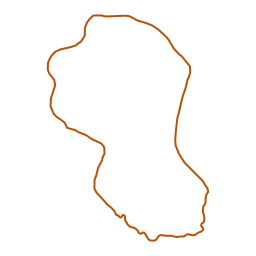 outline of El Chol, Baja Verapaz, Guatemala
{"feature_id": "79465075B40581937082552", "entity_name": "El Chol", "entity_type": "district", "adm_level": 2, "iso_a3": "GTM", "parent_name": "Guatemala", "parent_adm1": "Baja Verapaz", "projection": "robinson", "projection_center": [-90.474, 14.95], "detail": "fine", "context": "isolated", "style": "outline", "palette": "amber", "viewbox_px": 256, "rotation_deg": 0, "n_neighbors": 0, "source": "geoboundaries", "source_scale": "gbopen_adm2", "svg_char_len": 2554}
<svg xmlns="http://www.w3.org/2000/svg" viewBox="0 0 256 256"><path d="M208.2,191.9L207.4,188.2L204.0,183.5L203.5,181.9L201.6,179.8L185.3,163.4L183.8,161.4L181.2,157.5L178.8,153.5L175.7,145.7L175.2,141.2L175.8,131.3L177.5,117.2L178.6,113.9L180.8,104.0L183.0,95.3L185.4,88.8L187.8,78.9L189.0,76.7L190.2,72.1L190.0,66.5L189.0,65.2L181.7,56.2L180.3,55.2L178.7,54.0L174.4,49.1L173.2,47.7L172.4,46.1L168.2,39.1L163.4,34.2L162.0,33.0L158.1,29.4L152.1,25.4L146.2,23.1L137.2,20.4L133.5,18.3L130.6,16.8L128.7,16.1L126.1,15.7L105.4,16.5L101.9,15.5L95.7,15.4L93.1,15.6L89.5,19.1L86.8,22.8L84.9,28.1L84.8,35.6L80.8,41.9L77.9,43.5L76.2,45.3L70.6,47.1L60.5,49.4L55.4,51.6L51.5,55.9L49.6,59.0L48.0,62.9L47.8,69.8L49.3,73.6L54.2,79.9L55.2,85.4L51.0,98.1L50.5,106.4L53.7,113.8L57.0,117.2L60.0,119.1L64.7,122.7L67.1,127.8L75.7,130.3L78.2,132.0L86.1,135.2L91.6,139.0L101.4,143.6L103.7,146.5L104.3,148.3L104.5,153.5L102.3,158.3L102.2,160.1L98.1,167.9L96.2,175.7L94.6,179.6L94.4,188.5L96.4,192.4L104.6,201.3L106.9,204.2L111.7,208.1L114.4,211.2L116.5,215.2L117.9,215.3L118.8,216.0L119.6,217.1L120.3,217.5L121.4,217.2L122.1,215.9L122.8,215.1L123.7,215.0L124.5,215.7L124.9,216.9L124.9,217.7L125.0,219.3L125.1,220.2L126.5,222.4L127.4,224.0L128.0,224.9L128.5,225.5L129.7,226.5L131.2,227.1L132.2,227.4L133.2,227.6L134.4,228.0L135.2,228.4L136.2,229.1L136.9,229.8L137.5,230.5L138.0,231.4L138.5,232.3L139.2,233.1L140.2,233.7L141.2,233.7L142.2,233.0L142.9,232.5L144.0,232.5L145.7,234.8L146.5,236.0L147.2,237.3L147.9,238.5L148.6,239.3L149.6,240.2L150.4,240.4L152.0,240.6L153.6,240.6L154.6,240.5L155.8,240.0L156.7,238.9L157.4,237.8L158.0,237.0L158.5,236.3L159.4,235.6L160.4,235.2L161.2,235.2L162.1,235.2L164.2,235.5L165.5,235.7L167.5,235.8L169.7,235.7L171.2,235.8L172.0,235.9L173.2,236.2L174.3,236.5L175.1,236.7L175.9,236.9L176.6,237.0L177.4,237.0L178.2,236.9L179.2,236.5L180.5,236.5L181.8,236.5L182.9,236.5L184.1,236.3L184.8,235.9L185.5,235.4L186.3,234.7L187.2,234.4L187.9,234.4L188.9,234.4L190.1,234.7L190.8,234.9L192.0,235.2L193.3,235.2L193.9,235.2L195.1,234.8L198.1,232.9L198.9,232.4L199.8,232.1L201.2,231.5L202.5,230.5L203.1,229.6L203.1,228.6L202.8,227.8L202.2,227.3L201.4,226.3L201.2,225.5L201.3,224.6L201.7,223.6L202.8,222.8L203.9,222.0L204.2,220.2L204.3,218.6L204.2,217.4L204.2,216.3L204.0,215.4L203.6,214.0L203.1,213.0L203.0,210.8L203.0,209.4L203.1,208.4L203.2,206.9L203.5,206.1L204.0,205.3L204.5,204.8L205.3,203.6L205.5,202.6L205.6,200.4L205.6,198.6L205.8,197.3L205.9,196.1L206.2,195.2L206.7,194.1L207.2,193.3L208.2,191.9Z" fill="none" stroke="#b45309" stroke-width="2"/></svg>